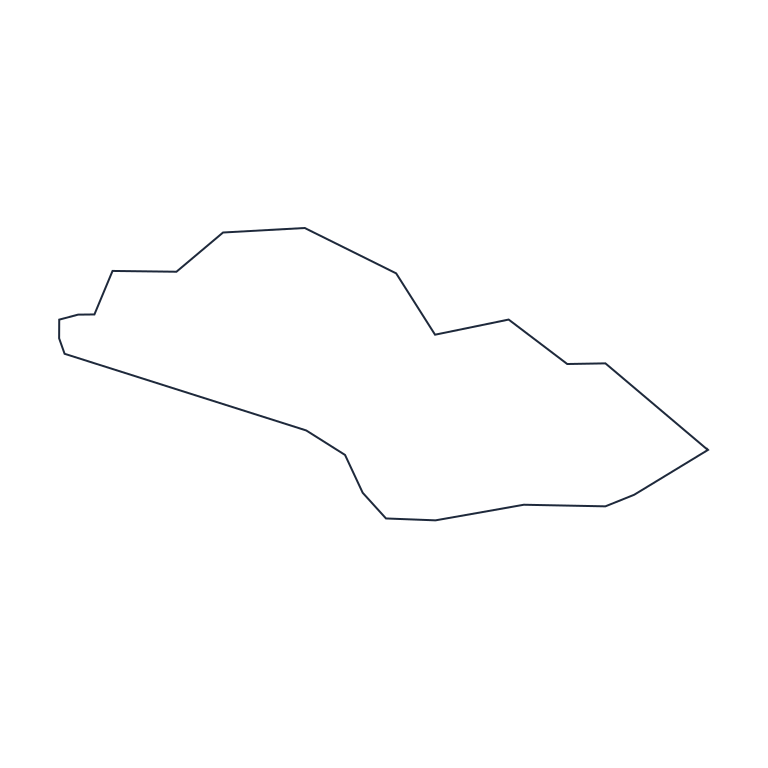 map outline of North Down (orthographic projection), rotated 207°
{"feature_id": "GBR-2098", "entity_name": "North Down", "entity_type": "District", "adm_level": 1, "iso_a3": "GBR", "parent_name": "United Kingdom", "parent_adm1": "", "projection": "orthographic", "projection_center": [-5.72, 54.647], "detail": "fine", "context": "isolated", "style": "outline", "palette": "slate", "viewbox_px": 768, "rotation_deg": 207, "n_neighbors": 0, "source": "natural_earth", "source_scale": "10m", "svg_char_len": 474}
<svg xmlns="http://www.w3.org/2000/svg" viewBox="0 0 768 768"><g transform="rotate(207 384 384)"><path d="M65.4,472.4L110.8,398.9L131.2,375.5L204.6,339.9L276.2,285.9L321.2,265.1L353.6,277.4L386.5,303.1L432.2,307.3L682.3,265.9L694.2,277.2L702.6,293.9L688.1,306.9L673.6,314.5L677.2,361.5L619.9,389.8L596.2,445.9L525.5,487.0L423.4,488.1L360.9,451.1L302.2,498.0L229.8,485.0L196.1,502.9L67.0,472.6L66.9,472.9L65.4,472.4Z" fill="none" stroke="#1e293b" stroke-width="2"/></g></svg>